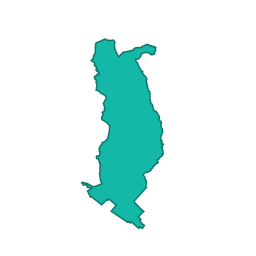 Tarlungeni, Brasov, Romania (orthographic projection), rotated 229°
{"feature_id": "2599482B11414107906146", "entity_name": "Tarlungeni", "entity_type": "district", "adm_level": 2, "iso_a3": "ROU", "parent_name": "Romania", "parent_adm1": "Brasov", "projection": "orthographic", "projection_center": [25.868, 45.603], "detail": "fine", "context": "isolated", "style": "filled", "palette": "teal", "viewbox_px": 256, "rotation_deg": 229, "n_neighbors": 0, "source": "geoboundaries", "source_scale": "gbopen_adm2", "svg_char_len": 5948}
<svg xmlns="http://www.w3.org/2000/svg" viewBox="0 0 256 256"><g transform="rotate(229 128 128)"><path d="M177.3,128.9L175.4,130.1L172.2,130.4L168.5,131.8L166.8,132.0L165.1,131.4L164.2,130.3L164.2,129.3L163.7,128.0L163.3,127.4L163.1,126.7L163.0,125.8L162.5,125.7L161.6,125.1L159.7,124.2L158.4,123.9L158.1,123.5L158.1,122.9L155.8,121.0L156.0,120.6L156.4,120.6L156.7,119.8L156.6,118.6L155.3,118.7L154.8,118.2L153.8,116.5L153.2,115.0L152.5,114.3L151.6,113.9L150.5,114.1L147.8,115.1L144.1,115.7L143.6,115.5L141.7,115.7L138.0,112.0L133.6,106.0L133.0,103.8L133.2,103.6L132.9,103.2L132.8,102.6L132.9,102.4L132.9,101.6L133.2,101.3L133.3,100.9L133.2,100.6L133.3,100.2L133.7,99.8L133.7,99.5L133.5,99.2L133.8,98.9L133.8,98.7L133.5,98.8L132.8,98.0L132.7,96.6L132.8,95.3L131.9,94.6L131.8,93.7L131.3,92.6L129.2,91.1L128.5,91.4L128.3,91.3L128.2,90.7L126.7,89.5L126.1,88.1L126.1,87.7L127.2,86.3L127.4,85.8L127.1,85.4L125.5,84.3L125.3,84.6L124.6,85.1L123.8,85.1L121.0,84.3L120.9,84.0L120.4,84.1L120.5,83.9L119.2,83.0L118.3,83.3L117.4,82.2L117.4,81.4L116.8,81.1L113.3,78.2L112.7,76.9L106.2,72.7L105.9,73.0L104.4,72.1L102.9,71.6L103.7,69.9L105.2,65.6L106.2,63.4L110.0,61.8L111.9,61.2L113.7,60.2L115.4,58.7L117.0,58.0L116.9,57.1L115.3,57.9L114.6,56.7L112.1,59.4L110.4,59.0L109.9,58.3L109.3,59.2L107.9,59.8L106.2,61.0L106.4,59.6L107.1,56.2L100.5,54.3L100.3,55.3L87.4,57.7L87.7,64.9L86.8,65.1L86.9,66.9L77.4,68.6L77.2,66.6L76.2,60.7L57.0,65.9L56.9,67.2L54.8,67.5L55.2,68.9L45.1,70.3L45.6,72.1L42.8,73.0L43.6,76.4L43.7,76.5L45.6,76.0L50.0,75.7L50.5,77.7L54.2,77.4L54.7,83.7L54.6,85.1L59.6,84.5L68.7,84.1L71.1,102.6L71.4,102.3L75.5,106.8L76.0,107.1L77.3,107.1L78.7,107.8L80.7,108.5L82.5,108.5L83.0,109.9L83.1,110.8L82.9,111.4L83.0,112.0L83.0,112.3L81.9,113.4L81.6,114.3L81.7,114.9L81.1,116.1L81.2,116.4L81.2,116.9L81.0,117.1L81.1,117.7L81.8,118.3L82.0,118.9L81.7,119.6L81.7,120.4L82.3,121.7L82.5,122.5L82.3,124.2L82.4,125.3L82.8,125.9L82.9,126.6L82.8,126.9L82.3,127.0L82.0,127.3L82.0,127.6L82.2,128.0L84.6,129.0L84.7,129.6L84.2,130.4L84.3,130.8L84.6,131.4L84.8,133.5L84.7,134.8L84.8,136.1L85.0,136.6L85.7,136.7L85.8,136.9L85.9,137.3L85.6,137.7L85.8,137.9L88.1,139.3L88.5,140.0L90.4,140.0L90.8,140.1L91.4,140.7L91.5,141.1L90.8,141.4L90.9,141.6L92.4,141.6L92.5,142.2L92.9,142.7L92.1,143.5L92.2,143.9L93.4,144.0L93.7,143.8L93.6,143.1L94.3,143.0L95.5,144.1L95.5,144.6L95.8,145.2L96.3,144.8L96.9,144.8L97.5,145.1L97.7,145.5L98.5,145.8L99.7,146.8L99.9,147.3L100.4,147.7L100.6,148.6L102.6,151.8L103.1,152.2L104.0,152.5L104.0,152.8L104.3,153.1L105.4,153.4L106.0,153.3L106.9,153.6L108.1,154.5L108.5,154.7L108.9,155.2L109.3,155.3L109.5,156.3L110.2,156.8L111.0,157.1L112.9,156.9L114.3,157.2L114.7,157.5L115.2,158.4L115.7,158.5L116.5,159.3L117.6,159.5L118.6,159.3L119.0,159.5L119.6,159.5L120.6,160.1L121.8,159.9L122.1,160.1L123.1,159.3L124.0,159.1L126.1,159.7L126.6,160.0L127.1,160.0L127.4,160.4L127.7,160.4L127.7,160.7L129.0,161.4L129.3,161.3L129.9,161.7L130.6,161.7L130.9,161.4L131.6,161.6L132.2,161.5L132.6,162.0L133.1,162.2L134.0,163.0L136.1,163.8L136.8,164.8L138.7,166.2L138.8,166.5L139.2,166.6L139.2,166.9L139.7,167.0L140.8,168.2L141.7,168.0L142.2,168.2L143.6,168.1L144.5,168.8L145.0,168.9L145.2,169.2L146.0,169.4L146.3,169.9L148.4,170.7L149.0,171.4L151.2,172.3L151.8,173.2L151.9,173.5L152.6,174.3L153.0,174.5L155.0,174.8L159.1,174.8L160.3,175.0L160.8,176.1L161.3,175.9L162.4,175.7L163.7,175.8L165.2,176.2L167.6,176.5L170.4,177.7L171.3,177.9L171.9,177.9L173.0,177.6L174.4,178.3L174.5,178.6L174.2,179.0L174.0,179.8L173.4,180.8L173.3,182.9L173.5,183.8L174.3,185.2L174.6,186.1L174.9,186.6L175.0,187.0L174.7,188.2L173.9,189.7L173.7,190.7L173.1,191.3L172.5,191.7L171.8,192.6L169.8,193.3L168.3,193.4L167.8,193.8L167.2,194.7L166.4,196.6L166.6,197.1L167.5,197.2L168.1,197.7L168.2,198.3L168.2,199.2L168.6,199.8L169.5,200.5L169.6,200.8L170.1,201.1L170.4,201.7L171.1,201.6L171.9,201.2L172.4,201.1L173.1,200.2L174.5,199.7L175.5,198.8L176.5,198.4L177.0,198.4L178.3,197.4L178.8,196.7L179.1,196.4L179.2,196.1L178.9,195.8L179.2,195.3L179.3,194.5L179.9,193.2L180.1,193.0L180.3,192.2L180.2,191.6L179.9,191.3L180.2,190.3L180.7,190.0L180.7,189.6L181.5,189.2L181.8,188.5L183.1,187.1L183.2,186.7L183.5,186.4L183.5,186.1L183.8,185.5L183.8,185.0L183.6,184.8L183.7,183.9L183.4,183.3L183.5,183.0L183.8,182.6L183.8,181.8L184.8,180.5L184.9,180.1L184.8,179.6L185.7,178.7L186.1,177.8L187.0,176.5L187.5,175.0L188.4,174.3L188.4,174.0L187.8,173.6L187.9,173.3L188.2,172.9L188.1,170.5L187.8,169.0L188.0,168.5L187.8,168.2L187.9,167.9L188.4,167.7L190.3,168.1L192.0,168.7L192.5,168.6L193.8,169.1L194.9,169.4L195.4,169.8L197.0,170.4L197.5,171.0L199.1,171.7L200.1,172.7L200.9,173.9L201.6,174.7L202.3,174.7L202.7,174.5L203.8,174.6L204.5,174.0L205.2,172.6L206.4,171.4L208.4,169.6L209.0,169.4L209.6,169.5L210.3,168.9L210.7,167.6L210.7,166.7L211.1,166.3L211.3,165.8L211.5,163.8L212.1,163.0L212.4,162.4L212.4,161.5L212.6,161.1L213.2,160.3L213.2,160.0L212.6,159.1L212.3,158.2L211.8,157.8L211.6,157.5L211.0,157.2L210.2,156.0L208.1,154.6L206.8,153.0L206.3,152.7L205.8,151.5L205.4,151.2L205.5,150.7L205.2,149.8L205.2,149.3L204.3,148.8L203.9,148.0L203.4,147.9L203.0,147.3L202.9,147.0L203.1,146.7L202.9,146.5L202.9,146.0L203.3,145.4L203.2,144.6L202.3,144.6L201.4,145.1L200.9,145.0L200.2,145.5L199.0,145.4L197.8,144.8L197.4,144.3L197.5,144.0L196.4,143.8L195.1,144.5L195.0,144.3L194.7,144.2L194.9,143.8L194.7,143.6L194.1,143.7L193.8,143.4L193.4,143.6L193.1,143.5L192.9,142.9L193.0,142.6L192.8,142.4L192.2,142.6L192.1,142.4L192.2,142.2L191.8,142.4L191.8,142.1L191.4,141.8L191.1,142.0L190.8,142.3L190.5,142.1L189.9,142.5L189.8,142.3L189.4,142.2L188.4,142.4L187.8,142.1L187.6,141.9L188.7,140.0L188.6,139.6L188.0,139.6L187.9,139.4L188.4,139.1L188.4,138.9L188.3,138.4L188.5,138.2L188.8,137.2L188.5,136.0L187.1,135.3L186.4,135.3L185.4,135.6L184.8,135.5L183.6,134.0L182.5,133.4L181.4,133.2L180.4,132.6L179.5,131.4L179.3,130.7L178.5,129.9L177.5,129.6L177.3,129.3L177.3,128.9Z" fill="#14b8a6" stroke="#0f766e" stroke-width="1.5"/></g></svg>